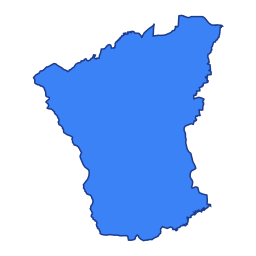 the district of Kong Ra, Phatthalung, Thailand
{"feature_id": "78962969B88814874297751", "entity_name": "Kong Ra", "entity_type": "district", "adm_level": 2, "iso_a3": "THA", "parent_name": "Thailand", "parent_adm1": "Phatthalung", "projection": "mercator", "projection_center": [99.958, 7.422], "detail": "fine", "context": "isolated", "style": "filled", "palette": "blue", "viewbox_px": 256, "rotation_deg": 0, "n_neighbors": 0, "source": "geoboundaries", "source_scale": "gbopen_adm2", "svg_char_len": 5725}
<svg xmlns="http://www.w3.org/2000/svg" viewBox="0 0 256 256"><path d="M202.7,109.9L202.8,106.3L203.6,104.6L203.5,102.5L203.0,102.5L202.7,101.2L203.9,99.6L203.8,99.0L201.0,97.8L198.6,97.3L193.9,98.8L193.7,95.4L195.8,95.3L195.7,94.3L196.1,94.2L196.1,93.7L196.7,93.6L196.6,91.2L199.8,90.8L199.8,89.3L199.3,87.6L202.0,86.7L202.1,86.0L202.6,86.0L202.6,85.5L203.1,85.5L203.5,83.3L207.6,82.4L208.2,81.0L207.9,80.8L207.4,81.2L207.0,80.8L207.4,80.2L207.0,78.4L207.3,77.9L206.9,77.7L206.5,78.1L206.1,78.0L205.6,77.5L205.6,76.8L207.0,77.1L207.5,76.0L207.3,75.3L207.4,75.1L211.1,74.5L211.1,71.9L210.5,71.5L210.1,70.8L209.0,70.5L209.3,70.1L210.5,69.9L210.0,64.8L208.8,64.2L207.9,64.2L207.6,63.9L207.6,63.5L209.2,62.4L208.4,58.5L207.8,57.2L208.0,54.3L209.1,53.9L211.0,52.0L211.0,50.5L211.8,49.9L211.4,47.4L212.3,46.4L213.5,42.4L213.7,42.1L215.4,41.9L215.9,40.4L217.3,39.7L217.8,38.2L219.1,37.0L219.0,35.6L219.6,34.5L220.3,27.3L220.6,26.7L221.3,27.2L221.7,26.6L221.4,26.2L222.4,26.1L221.9,25.5L219.9,25.1L218.7,25.2L218.4,25.0L216.5,24.9L215.8,25.0L215.6,25.4L214.9,25.0L212.0,25.1L208.9,23.2L204.9,18.2L203.3,17.0L202.0,16.6L191.4,16.6L189.0,17.6L188.1,17.6L183.9,16.3L183.8,15.9L181.2,15.4L178.9,15.9L178.3,25.6L177.5,26.9L176.8,26.8L176.1,26.3L175.6,26.4L175.3,26.7L175.5,27.8L174.4,30.3L172.5,30.8L170.8,32.6L165.1,35.0L161.4,35.4L158.1,35.3L153.2,36.0L153.6,27.3L154.3,23.7L153.5,25.2L152.5,26.2L148.9,28.7L144.3,32.8L142.4,36.1L142.1,37.1L141.7,37.3L141.0,35.7L139.0,33.4L134.6,33.0L134.0,31.8L133.1,31.4L131.6,31.5L131.3,32.6L131.0,32.7L130.7,32.6L130.3,31.7L129.6,32.0L127.8,32.0L127.5,32.6L128.1,32.9L128.2,33.2L127.9,34.0L126.1,34.2L125.6,33.0L123.5,33.5L123.6,33.8L124.6,33.7L124.5,34.5L123.2,35.5L122.0,35.6L121.7,36.6L121.4,36.6L120.6,37.6L120.1,37.7L120.2,38.6L118.9,39.2L118.9,39.7L118.4,39.7L118.4,40.3L117.5,40.7L117.0,41.7L116.5,41.5L115.8,42.4L115.1,43.6L115.4,44.9L114.8,46.4L115.1,46.9L114.4,48.0L113.8,47.8L111.6,48.2L110.7,45.1L109.1,44.6L107.4,45.4L104.6,48.8L101.3,49.1L100.5,53.1L99.4,55.7L99.0,58.3L96.9,58.1L96.4,58.9L95.1,58.6L94.3,58.1L94.2,57.5L95.1,56.0L95.4,55.1L93.7,54.8L92.4,58.0L91.1,58.5L90.8,59.1L89.8,60.2L88.5,60.7L87.4,60.6L86.8,60.3L85.9,58.8L84.4,59.4L84.2,60.2L83.0,60.8L81.2,60.9L80.9,61.9L80.3,62.6L78.3,62.8L75.7,64.3L74.2,66.9L72.1,68.3L70.6,69.7L69.5,69.9L68.9,71.0L67.5,71.6L67.0,70.8L63.7,69.4L61.2,67.4L60.0,66.9L57.2,65.2L56.2,64.2L54.7,63.6L53.6,63.7L48.1,66.8L46.5,67.0L43.8,69.8L42.6,70.6L40.3,71.1L39.1,73.1L35.8,75.0L33.6,77.5L33.7,78.1L34.7,79.4L34.8,82.6L35.2,83.4L37.6,84.7L39.4,84.9L40.5,86.0L42.0,86.2L43.3,87.1L44.0,87.9L45.6,92.0L45.9,95.9L47.0,96.8L49.0,97.4L49.4,98.0L49.1,99.1L46.7,101.0L46.0,101.9L46.1,102.3L47.9,103.6L48.6,105.2L48.4,106.6L47.3,107.6L47.3,108.3L49.4,108.9L51.5,109.1L54.6,112.0L54.4,112.6L55.5,114.4L56.3,114.7L57.3,115.9L57.5,117.0L58.8,119.0L59.0,120.8L58.2,122.1L58.6,122.6L58.8,124.3L59.3,124.8L60.7,125.3L62.6,127.4L62.5,128.5L63.3,129.1L63.8,132.4L67.0,134.6L70.5,135.9L72.4,137.1L72.5,137.9L71.9,139.2L72.5,140.3L72.6,142.2L74.3,145.0L76.4,145.5L78.5,147.0L81.5,152.7L80.4,155.2L80.1,156.3L80.3,157.5L83.1,164.3L84.9,167.0L88.2,169.5L89.0,170.7L89.2,172.2L89.0,175.4L87.8,178.9L83.4,184.7L83.8,186.4L83.5,187.9L85.0,190.1L85.0,191.3L85.8,191.9L86.6,193.6L87.7,194.3L90.1,195.0L91.5,196.5L92.1,198.8L92.8,199.4L93.0,201.4L92.6,203.4L92.0,204.8L91.4,205.2L90.9,206.3L90.7,206.9L90.7,208.2L90.2,208.8L92.0,212.0L92.4,214.1L91.5,214.8L91.2,216.2L91.7,217.0L93.1,217.9L93.0,218.9L93.3,219.4L94.8,219.9L95.1,220.9L96.2,221.3L96.8,222.0L97.0,223.3L96.4,224.3L96.9,226.8L97.6,227.2L97.7,228.4L99.0,229.1L99.5,230.8L100.2,231.8L100.1,233.4L100.8,234.0L102.3,234.6L105.9,235.1L110.4,234.6L114.2,235.1L117.4,235.1L120.0,235.8L126.3,235.6L127.8,236.4L128.5,240.1L131.5,240.2L134.7,239.4L134.9,238.6L135.3,238.4L135.6,236.7L136.6,235.8L136.6,235.4L137.2,235.0L138.3,235.8L138.9,237.4L140.7,239.1L143.5,240.6L146.6,240.0L147.5,240.2L148.3,239.8L149.7,239.5L152.1,239.6L152.5,239.1L154.9,237.6L158.0,236.3L159.4,234.1L160.5,233.4L160.8,231.7L160.5,229.9L160.7,228.8L162.6,226.6L164.0,227.3L167.4,228.4L170.1,227.1L171.2,227.1L172.6,228.1L173.0,228.8L172.8,229.3L173.1,229.6L175.9,229.2L176.0,229.7L175.7,230.4L176.1,230.7L177.5,229.7L176.9,228.9L177.0,228.2L179.7,227.3L181.1,225.8L182.9,225.6L183.6,224.5L184.4,224.6L184.2,225.3L185.3,225.8L186.5,224.8L186.2,223.6L186.6,223.6L186.9,224.1L187.4,224.0L187.4,222.9L188.2,220.9L187.6,220.0L188.3,219.3L188.2,218.8L187.5,218.6L187.0,218.0L187.2,217.3L190.1,217.7L191.2,217.0L190.8,216.1L191.2,215.4L192.7,214.9L193.0,214.2L193.4,214.2L194.1,214.8L194.8,214.7L195.2,214.2L194.1,212.4L196.0,213.1L195.7,211.2L196.2,211.4L197.0,211.2L197.3,212.0L197.7,212.1L198.2,210.5L198.6,211.3L199.2,211.2L199.4,210.7L200.0,211.3L200.9,210.8L201.2,211.6L201.5,211.8L201.6,210.9L201.9,210.8L201.8,210.0L202.6,210.5L203.2,210.2L202.8,208.7L203.4,208.0L204.1,208.0L203.9,209.8L204.4,210.1L205.2,208.9L206.2,208.5L208.1,207.0L208.3,206.1L209.3,205.6L210.3,206.0L210.1,205.6L210.6,205.1L210.5,204.6L207.0,204.0L207.3,200.5L206.9,195.1L202.8,194.1L199.6,192.8L199.1,192.3L198.6,191.0L198.0,188.0L197.0,187.1L195.2,187.0L192.5,188.1L192.0,187.9L191.7,187.3L192.5,183.7L192.7,181.9L192.2,180.4L190.6,178.0L190.1,176.6L190.3,173.3L191.3,171.0L195.1,169.0L195.8,168.2L194.9,165.6L192.9,161.8L190.8,153.4L188.6,151.6L187.2,149.1L185.7,142.8L186.1,139.2L185.5,137.5L185.4,133.4L184.2,130.6L184.1,129.5L184.2,127.7L185.2,126.1L190.8,123.8L191.7,123.8L193.2,124.3L194.3,121.0L194.9,120.6L195.5,121.0L196.4,120.2L196.5,119.4L195.9,119.1L195.5,118.3L195.8,116.3L196.6,116.2L196.9,115.9L197.2,116.2L198.4,115.3L199.8,115.6L200.1,115.4L199.4,113.0L199.2,109.8L201.7,110.1L202.7,109.9Z" fill="#3b82f6" stroke="#1e3a8a" stroke-width="1.5"/></svg>